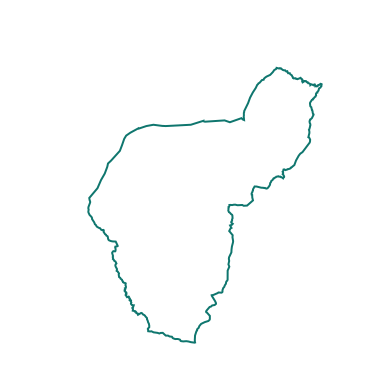 the district of Jaman North, Brong Ahafo, Ghana, rotated 19°
{"feature_id": "2480657B44306962794399", "entity_name": "Jaman North", "entity_type": "district", "adm_level": 2, "iso_a3": "GHA", "parent_name": "Ghana", "parent_adm1": "Brong Ahafo", "projection": "albers", "projection_center": [-2.617, 7.913], "detail": "fine", "context": "isolated", "style": "outline", "palette": "teal", "viewbox_px": 384, "rotation_deg": 19, "n_neighbors": 0, "source": "geoboundaries", "source_scale": "gbopen_adm2", "svg_char_len": 6014}
<svg xmlns="http://www.w3.org/2000/svg" viewBox="0 0 384 384"><g transform="rotate(19 192 192)"><path d="M243.9,333.3L243.5,332.7L242.8,330.9L241.6,326.7L241.5,322.2L241.9,321.3L241.6,320.6L241.7,319.7L242.5,318.4L242.6,316.3L243.6,313.7L246.4,310.9L249.5,308.6L250.3,306.9L250.2,306.2L249.2,303.3L245.5,301.2L244.8,301.1L244.5,300.9L244.2,300.3L244.4,299.3L246.1,295.0L247.3,294.1L248.0,292.7L250.2,291.5L251.1,289.9L250.8,289.2L249.5,287.8L244.4,283.6L244.2,283.2L245.7,282.4L249.2,279.2L249.7,278.4L252.6,277.6L253.2,277.0L253.3,276.5L252.8,274.9L252.8,272.7L253.4,271.2L253.4,269.6L253.9,267.7L253.6,266.1L253.7,265.2L254.2,264.3L254.2,263.3L251.3,254.7L251.6,250.5L250.0,248.5L249.6,245.1L248.6,243.2L248.3,241.7L248.9,236.3L248.1,233.5L247.5,230.6L247.2,226.7L246.9,225.1L245.0,221.6L244.5,219.6L239.9,216.8L240.3,213.8L241.0,213.1L238.9,211.2L240.3,210.1L240.9,208.8L239.3,208.2L238.9,207.8L238.9,206.9L239.3,206.2L238.8,204.9L238.9,203.6L237.8,201.0L237.3,200.5L236.0,200.1L234.5,199.2L233.5,199.0L232.4,197.8L232.0,196.0L231.8,195.7L231.8,194.9L231.4,194.4L231.8,193.9L231.9,193.5L231.8,192.6L231.6,192.1L232.5,191.7L234.2,191.3L235.5,190.5L237.0,189.9L239.3,189.7L243.8,187.9L245.3,188.2L248.5,186.9L252.4,180.1L250.8,177.6L249.8,175.1L249.3,175.1L248.8,173.9L249.1,172.6L248.9,171.6L249.2,170.9L248.8,169.6L249.4,166.4L251.3,165.8L256.0,165.4L258.1,164.8L259.0,164.8L259.6,164.4L260.8,164.6L261.6,164.4L262.4,163.4L263.0,161.6L263.4,159.7L263.0,158.2L263.4,157.1L263.4,155.6L264.2,154.6L264.7,152.5L265.3,152.3L265.5,151.7L266.5,150.7L266.7,150.1L267.2,149.9L268.5,149.0L269.4,149.2L270.3,148.7L271.1,149.0L271.3,148.8L272.1,148.9L273.6,149.4L273.6,149.0L274.2,148.1L274.2,147.6L273.7,146.9L272.7,146.0L271.9,145.6L272.1,144.6L271.8,143.9L271.2,143.5L271.4,143.2L271.2,142.9L271.5,141.7L271.2,141.0L271.7,140.6L273.4,140.8L274.1,140.1L274.6,139.9L275.2,139.1L275.7,139.0L277.0,138.0L277.6,137.3L277.5,136.8L278.4,135.9L278.6,135.4L280.0,133.2L280.1,128.3L281.1,122.8L281.9,120.5L283.5,118.3L287.2,106.9L287.1,105.6L286.6,103.9L284.9,102.3L284.2,102.3L283.8,98.0L283.1,96.2L282.3,95.1L282.5,94.3L282.3,91.5L282.1,91.0L282.2,90.3L281.7,89.2L280.8,88.3L280.1,86.8L280.1,85.9L280.3,85.5L280.1,85.0L280.5,84.6L281.3,83.2L281.8,79.3L281.4,78.8L281.0,78.8L279.9,77.0L279.7,76.3L278.8,75.6L278.8,75.2L278.3,74.8L277.2,73.0L276.1,72.5L275.8,72.1L274.7,69.8L274.6,69.0L275.4,65.8L276.2,65.2L276.1,64.4L276.5,64.2L277.0,62.5L277.7,61.6L277.6,61.0L277.9,60.3L277.3,59.1L277.3,58.5L277.4,58.0L278.2,57.2L277.9,56.6L278.6,55.0L278.4,52.8L279.5,51.3L279.6,50.3L279.9,49.8L279.5,48.4L279.5,47.9L279.1,47.8L278.2,47.9L277.7,49.1L276.5,49.7L276.3,51.1L275.7,51.2L275.1,51.7L274.5,51.3L274.2,51.6L274.1,51.3L273.0,50.3L272.4,50.7L272.3,51.5L270.0,51.3L269.7,51.4L269.1,52.4L268.6,51.4L266.8,51.1L266.4,51.3L266.0,51.0L265.5,50.9L265.5,50.6L264.3,50.6L263.9,50.1L263.5,50.1L262.5,50.3L261.8,50.6L261.5,51.0L261.7,51.4L260.9,52.3L260.0,51.3L260.0,50.9L260.2,50.6L259.9,49.9L259.4,49.5L258.8,49.6L257.5,48.7L255.7,50.4L255.3,50.5L254.9,51.0L254.2,51.0L253.7,51.2L253.0,50.7L252.1,51.0L251.4,51.5L251.0,51.4L250.3,51.3L249.9,50.5L249.3,50.2L248.4,49.2L247.0,48.8L245.8,48.2L245.7,47.9L244.2,48.4L242.8,46.8L242.0,47.4L240.3,46.6L239.6,47.0L237.9,47.0L235.7,46.1L235.2,46.6L234.6,46.4L234.0,46.9L231.6,47.1L231.7,47.7L231.3,48.3L231.3,48.6L230.1,49.8L229.4,52.3L227.8,55.8L225.0,58.5L224.1,59.7L223.2,61.3L223.2,62.5L221.7,63.4L220.3,66.8L219.5,67.6L219.3,68.6L218.8,69.4L218.4,72.9L217.1,78.1L216.2,83.9L216.1,89.7L215.0,98.6L215.3,99.3L215.3,100.4L216.2,102.9L216.3,103.7L217.8,107.0L216.4,106.9L214.7,106.1L205.1,113.7L199.5,113.7L181.4,121.3L179.3,121.4L179.3,121.2L169.0,128.8L145.7,138.2L142.3,139.2L133.6,141.0L127.4,144.5L121.0,149.4L120.7,149.1L114.4,156.0L111.4,160.1L110.6,163.8L110.6,170.6L110.4,176.6L105.2,188.8L103.3,192.4L103.7,195.8L103.5,203.0L102.1,210.3L101.4,219.2L96.8,231.1L97.9,233.1L98.7,234.0L99.1,235.0L99.0,240.1L99.4,241.4L100.0,242.3L100.4,244.4L100.8,245.1L102.6,247.0L105.1,248.3L106.0,249.2L106.3,250.1L109.5,252.6L110.7,254.1L111.7,254.4L113.2,255.7L115.4,256.2L116.9,256.2L118.3,257.2L119.3,257.3L120.5,256.7L120.9,256.8L121.3,257.5L121.3,258.4L123.6,260.2L124.6,260.4L125.2,261.1L126.5,261.3L126.9,261.7L128.0,263.7L128.8,264.5L129.4,264.7L131.2,264.8L132.9,264.6L136.0,263.7L139.0,266.8L139.3,267.2L138.8,267.8L137.3,268.6L137.4,269.4L138.3,270.7L138.7,272.0L138.8,272.8L138.6,273.2L137.0,273.5L136.7,273.8L136.3,275.2L136.3,275.6L138.2,278.3L138.2,279.3L139.0,280.3L139.0,281.1L140.4,281.8L140.9,282.4L142.2,282.6L143.8,284.2L143.3,285.4L143.5,286.6L144.3,287.6L146.2,289.3L146.4,291.1L147.8,291.4L148.2,291.9L149.5,292.7L149.6,294.0L150.8,296.2L152.1,296.5L152.7,297.2L154.4,297.8L154.9,298.6L155.8,299.0L156.1,299.7L157.2,300.0L158.1,299.8L159.1,300.0L159.4,301.7L160.2,302.7L160.6,303.9L160.0,304.7L160.5,305.0L160.6,306.2L160.2,306.4L160.2,306.6L160.5,307.5L161.0,307.6L161.3,308.0L162.5,308.3L162.9,308.8L163.0,309.1L162.4,309.1L163.1,310.4L162.8,311.0L163.4,311.3L164.1,312.1L164.8,312.6L166.2,311.5L166.4,311.6L166.3,312.0L166.5,312.1L166.8,312.6L167.3,312.8L167.8,312.8L168.3,313.4L168.1,314.5L168.7,314.8L169.3,314.2L169.7,314.4L169.9,315.5L170.6,316.2L170.5,317.2L170.9,317.8L171.9,318.4L172.5,318.5L172.8,318.2L173.3,318.4L173.8,318.2L173.8,320.2L173.3,320.7L173.3,321.1L174.3,321.8L174.6,323.5L177.0,323.2L177.1,323.7L178.0,323.6L178.3,323.7L178.8,324.6L179.3,324.5L180.5,324.6L180.5,325.3L180.9,325.7L183.3,322.9L184.2,322.9L185.7,323.8L187.0,323.9L187.9,324.3L188.3,324.7L190.5,325.9L191.0,327.2L191.8,327.8L193.1,329.7L194.0,330.4L195.1,332.3L195.6,333.8L194.9,335.3L194.8,335.9L195.3,336.4L195.9,337.9L197.8,337.5L199.0,336.9L201.3,337.2L205.3,336.4L207.2,336.4L208.2,335.5L210.2,334.7L213.9,336.3L216.1,335.6L217.8,335.9L220.1,335.4L220.5,335.6L221.2,336.3L222.0,336.5L224.0,336.5L226.4,335.6L228.5,335.5L228.8,335.6L229.7,336.5L230.5,336.5L232.4,336.1L235.2,334.9L237.3,334.5L240.0,334.3L243.5,333.6L243.9,333.3Z" fill="none" stroke="#0f766e" stroke-width="2"/></g></svg>